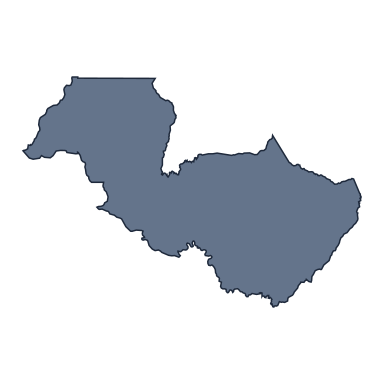 São Francisco do Guaporé, Rondônia, Brazil (Robinson projection)
{"feature_id": "56859067B18532063940757", "entity_name": "São Francisco do Guaporé", "entity_type": "district", "adm_level": 2, "iso_a3": "BRA", "parent_name": "Brazil", "parent_adm1": "Rondônia", "projection": "robinson", "projection_center": [-63.11, -12.38], "detail": "fine", "context": "isolated", "style": "filled", "palette": "slate", "viewbox_px": 384, "rotation_deg": 0, "n_neighbors": 0, "source": "geoboundaries", "source_scale": "gbopen_adm2", "svg_char_len": 6037}
<svg xmlns="http://www.w3.org/2000/svg" viewBox="0 0 384 384"><path d="M289.2,162.5L272.6,135.4L272.2,138.3L271.0,139.3L269.8,139.6L267.8,142.0L267.5,143.8L266.6,145.8L265.9,148.8L263.9,150.5L261.2,150.6L260.1,151.1L257.3,154.5L254.6,154.7L249.7,152.9L244.1,153.1L242.6,153.9L238.7,153.5L234.5,155.0L233.6,154.8L231.6,155.4L217.1,153.1L212.7,153.8L208.4,153.8L202.2,155.1L201.1,154.3L199.2,154.4L198.4,154.8L197.8,156.0L198.0,156.7L197.6,157.6L196.5,159.2L196.2,158.6L196.6,157.9L195.3,157.6L194.6,158.0L194.6,159.2L194.0,160.1L193.7,161.7L193.0,161.2L192.3,161.4L191.4,162.6L190.6,161.7L189.6,161.3L188.8,161.9L187.9,161.7L187.3,161.3L187.1,160.5L186.3,161.6L185.7,160.3L184.9,160.7L184.5,161.5L184.5,162.4L183.6,162.7L182.7,163.7L180.6,164.1L179.6,165.1L179.6,165.9L180.0,166.7L179.7,167.3L180.5,168.4L180.6,169.7L179.0,171.7L179.2,172.5L178.8,173.0L178.5,174.7L177.3,174.7L176.4,173.4L175.6,173.7L174.8,172.9L174.0,173.4L173.8,172.2L172.2,171.2L171.7,171.5L171.1,173.0L169.9,172.3L169.4,172.9L169.6,174.5L168.1,177.0L167.6,176.7L167.1,175.6L167.0,174.6L166.5,175.0L165.6,173.5L164.5,173.1L163.7,173.3L162.6,175.0L161.9,174.7L161.5,174.2L162.4,172.3L162.3,171.7L161.8,171.3L160.9,168.6L162.4,165.1L162.4,158.0L163.4,157.2L164.2,154.5L163.5,152.5L163.4,151.2L165.0,150.8L165.5,149.9L165.8,148.0L166.9,145.6L166.2,143.8L168.5,141.4L168.5,140.5L169.1,138.8L168.8,136.7L169.2,136.1L169.1,134.2L170.4,130.2L170.1,126.3L170.4,125.7L173.5,123.3L174.3,122.2L174.9,119.3L175.8,118.2L176.0,116.9L175.5,115.8L176.0,115.4L174.4,113.3L173.4,110.3L173.5,106.9L172.9,105.3L172.0,104.0L172.0,103.1L170.3,102.2L168.6,100.6L167.2,100.2L165.8,100.7L160.2,97.4L158.5,94.3L157.0,93.5L155.7,91.2L155.9,90.6L153.4,88.1L152.1,83.3L155.2,78.4L77.8,78.2L77.8,77.0L72.2,77.0L71.8,78.0L72.3,81.2L70.9,85.0L69.3,85.6L66.5,85.3L64.3,88.0L63.9,89.8L64.9,94.6L63.8,97.6L62.1,100.0L60.4,100.3L59.4,102.8L57.1,105.0L53.4,105.4L47.9,108.5L46.8,110.2L46.6,111.8L45.3,114.4L40.4,117.6L39.3,120.1L38.7,124.8L39.6,127.4L39.9,129.5L39.6,130.8L38.5,131.8L36.4,137.1L35.6,138.4L34.5,139.1L34.1,140.9L31.9,144.6L30.7,145.3L30.5,144.8L30.0,145.3L28.3,145.0L27.7,148.8L24.9,150.4L24.2,150.2L23.0,150.8L29.3,158.0L33.1,159.2L39.6,158.2L41.5,155.6L44.5,157.3L50.3,157.8L53.1,155.6L56.2,151.0L60.6,150.4L65.0,150.5L66.2,150.9L66.9,152.5L75.8,153.8L77.6,153.6L77.6,152.2L78.2,152.5L80.2,155.4L81.5,160.2L83.0,161.7L84.8,162.4L85.3,163.2L85.5,164.5L84.9,167.0L85.5,169.2L86.1,173.4L86.9,175.3L88.6,176.6L88.9,178.8L89.9,180.8L91.5,182.3L103.6,182.3L103.0,185.8L103.2,187.0L104.0,188.0L104.3,189.9L106.3,191.8L108.1,196.8L107.3,201.3L104.7,202.8L104.0,204.5L103.0,205.6L101.1,206.3L98.5,206.5L96.9,207.2L98.5,209.0L99.3,209.4L102.2,209.1L106.4,211.0L108.1,211.3L108.7,211.8L109.8,213.9L114.4,215.2L116.8,217.2L119.8,218.0L121.6,218.9L125.9,226.7L130.6,231.2L132.0,231.3L136.3,230.1L141.6,230.5L143.0,231.1L142.3,233.2L142.4,234.2L142.6,235.1L144.3,236.8L144.5,237.5L141.9,238.2L141.8,239.1L142.3,239.8L143.2,240.1L145.3,239.5L147.3,240.3L147.8,241.0L149.1,245.5L152.1,248.9L153.4,249.7L155.1,250.6L158.5,250.0L160.5,251.1L161.8,252.4L168.6,255.3L171.7,255.8L174.6,255.6L178.9,257.2L180.3,255.7L178.8,253.9L178.6,252.7L177.9,252.0L178.0,251.1L180.7,251.7L183.1,249.7L185.6,250.0L186.7,249.7L188.0,248.1L188.0,246.7L186.7,244.7L186.8,243.7L187.3,243.1L189.3,243.7L191.0,246.6L191.9,247.0L193.1,246.4L193.2,245.6L192.2,243.4L192.3,242.4L193.0,241.2L193.8,241.0L194.7,242.2L194.8,244.5L195.2,245.3L197.7,246.5L197.3,247.7L198.2,248.2L199.3,247.7L199.8,248.0L201.1,250.2L202.1,250.5L204.0,249.7L205.8,250.3L206.2,251.2L206.1,252.3L204.9,254.2L205.3,255.5L208.6,256.1L210.6,255.5L211.8,256.5L211.8,257.4L211.1,258.3L208.8,259.2L208.4,259.8L207.8,261.4L207.9,263.4L208.7,265.2L210.3,265.6L211.7,265.0L212.5,265.3L214.3,267.5L215.3,269.6L215.6,272.8L216.4,273.9L216.6,275.4L217.0,276.2L218.9,277.5L219.4,278.4L219.1,281.2L221.4,282.2L220.6,286.4L221.3,288.0L222.9,288.9L224.6,288.8L226.1,289.4L226.3,291.4L227.4,292.7L228.4,292.5L229.8,290.1L230.8,290.0L232.0,290.7L232.7,292.4L233.5,291.6L233.8,290.0L234.5,289.2L237.5,288.7L238.6,289.4L240.4,291.6L242.1,291.9L243.2,292.9L244.9,293.4L245.5,294.2L245.6,295.4L246.6,296.6L247.9,296.7L249.0,294.9L250.5,294.8L252.0,293.5L256.6,294.4L260.3,293.7L259.7,292.9L260.8,292.6L262.0,293.0L262.0,296.4L262.3,295.9L264.1,296.2L264.7,297.4L265.9,297.7L266.0,296.5L266.8,296.3L267.3,295.5L268.7,295.5L268.3,298.1L269.2,298.3L269.0,297.6L270.0,297.3L271.1,298.3L271.9,299.4L271.3,300.1L271.6,301.1L270.7,303.6L271.3,304.5L272.0,304.0L272.8,306.7L273.8,307.0L274.0,306.3L275.2,305.8L276.1,306.1L277.7,305.5L279.4,301.6L281.3,302.3L282.4,302.0L284.7,302.4L287.6,301.0L287.8,298.7L288.4,297.4L292.5,295.2L293.5,293.8L294.2,292.1L297.6,288.1L298.3,285.7L300.7,282.8L300.7,282.2L304.0,282.3L305.2,280.6L306.1,280.3L306.3,279.4L308.8,281.5L311.1,282.1L311.6,280.6L311.9,276.5L313.3,274.5L315.2,270.7L317.7,269.5L319.8,269.1L320.9,269.6L321.5,269.4L323.8,265.0L329.1,260.6L330.6,256.0L331.8,254.8L332.0,253.3L333.4,250.9L335.3,250.6L335.9,249.3L336.1,248.0L338.2,245.2L339.4,242.7L339.8,240.7L340.9,237.8L342.6,236.4L343.9,234.1L347.1,232.6L349.8,229.0L352.2,227.2L353.7,224.9L355.6,223.3L357.6,220.1L357.9,218.7L357.4,214.7L357.8,213.1L357.2,213.0L356.6,211.5L358.0,208.0L359.6,206.8L359.0,203.7L359.6,203.1L358.9,202.7L358.6,201.8L360.7,200.6L360.5,198.9L360.8,198.1L360.2,198.2L361.0,196.3L360.3,195.7L360.3,194.0L359.7,193.5L353.6,179.0L351.9,178.5L350.8,179.5L348.9,179.5L344.9,181.4L344.0,181.3L341.8,181.8L340.3,183.2L339.4,183.4L338.5,183.0L337.2,184.0L334.6,184.2L332.3,181.9L331.3,181.7L330.6,181.1L330.2,180.0L326.5,178.6L325.2,177.1L322.4,176.0L322.0,175.4L320.9,174.9L319.4,175.7L317.9,175.5L317.8,174.8L317.1,174.3L316.1,174.0L315.5,174.4L315.0,173.8L314.1,173.7L313.4,172.4L312.0,171.7L308.6,171.9L307.5,170.9L304.8,169.8L304.1,168.6L303.3,168.6L302.7,169.2L301.1,168.3L300.0,166.3L299.8,165.1L298.4,164.9L298.1,164.4L296.9,164.5L295.8,165.5L293.8,165.8L292.1,164.9L290.6,163.2L289.2,162.5Z" fill="#64748b" stroke="#1e293b" stroke-width="1.5"/></svg>